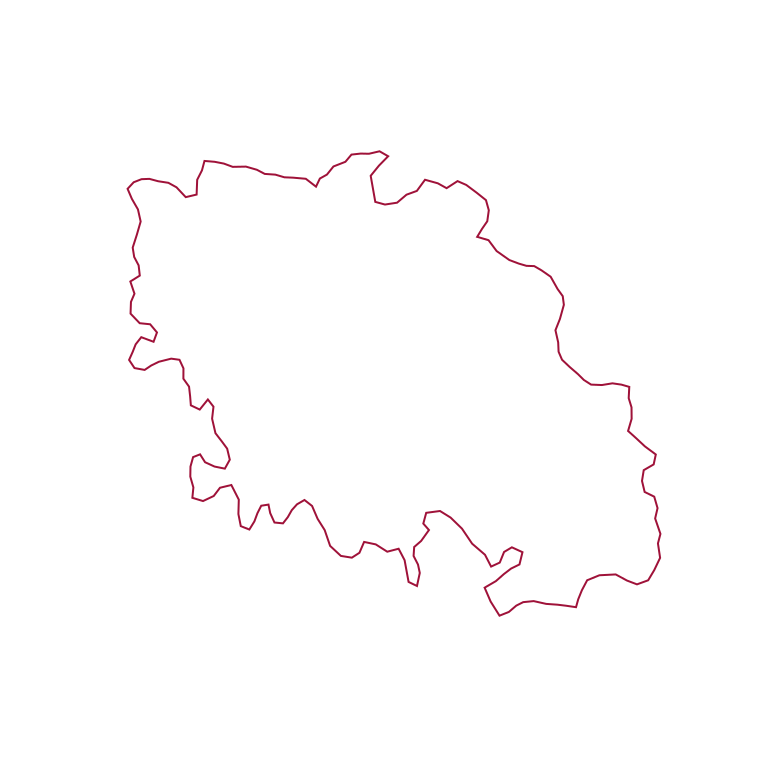 Lagoa Santa, Minas Gerais, Brazil, rotated 160°
{"feature_id": "56859067B90713755743742", "entity_name": "Lagoa Santa", "entity_type": "district", "adm_level": 2, "iso_a3": "BRA", "parent_name": "Brazil", "parent_adm1": "Minas Gerais", "projection": "natural_earth1", "projection_center": [-43.878, -19.626], "detail": "fine", "context": "isolated", "style": "outline", "palette": "rose", "viewbox_px": 768, "rotation_deg": 160, "n_neighbors": 0, "source": "geoboundaries", "source_scale": "gbopen_adm2", "svg_char_len": 2746}
<svg xmlns="http://www.w3.org/2000/svg" viewBox="0 0 768 768"><g transform="rotate(160 384 384)"><path d="M225.3,521.9L231.4,531.9L238.6,542.9L245.5,549.5L258.2,546.6L264.8,554.2L275.6,561.9L287.1,554.2L298.1,554.2L309.7,549.9L321.7,552.3L329.9,558.1L325.3,584.2L314.1,590.9L302.2,596.6L308.6,604.2L319.4,605.5L327.1,608.5L336.1,610.7L344.3,606.0L357.1,605.7L366.0,600.3L374.0,599.0L380.4,592.7L387.3,603.6L398.9,609.0L406.9,612.3L414.5,617.9L424.2,622.2L430.2,628.8L439.4,635.5L451.9,639.8L459.1,645.9L467.1,650.7L476.4,655.0L482.0,647.0L489.7,639.8L495.3,626.1L506.4,627.4L511.7,639.8L517.8,646.8L526.9,651.8L534.3,657.0L541.8,659.4L550.2,659.2L558.2,655.1L557.6,644.2L555.5,632.2L557.1,619.9L565.2,608.8L573.5,598.1L575.3,588.8L574.0,579.4L576.4,569.4L587.3,567.1L587.6,554.2L593.7,547.7L598.1,536.8L592.8,524.7L583.3,520.1L579.7,510.1L586.1,502.5L596.1,511.0L603.8,506.2L609.2,500.1L615.3,493.8L613.0,484.3L604.1,479.1L596.4,481.0L588.0,481.9L575.3,480.6L567.9,476.7L567.1,467.3L570.7,457.6L568.1,448.2L570.4,438.7L572.8,430.0L565.9,423.0L554.8,429.7L552.0,421.0L557.4,410.2L559.2,395.4L556.0,385.4L553.5,376.9L554.8,365.6L562.5,358.9L571.5,364.4L578.9,371.7L580.9,380.8L588.4,380.6L594.1,372.6L597.7,363.2L598.5,352.0L603.0,342.6L594.1,335.9L582.3,337.0L573.6,342.6L562.0,341.3L560.0,325.0L565.3,311.6L567.2,299.4L560.3,293.3L552.8,299.2L547.1,305.9L541.0,311.6L533.8,310.2L535.1,301.6L534.3,291.3L526.6,287.6L519.9,291.8L513.8,297.0L506.9,300.7L498.4,302.2L493.3,294.0L492.5,280.0L489.7,267.0L490.0,250.3L483.3,237.2L473.6,231.8L464.8,233.8L456.7,242.4L446.6,236.1L438.3,225.3L426.6,224.2L424.9,211.4L428.6,189.6L422.1,182.9L415.0,194.2L413.8,202.7L415.0,212.3L411.4,220.5L402.8,223.8L391.7,231.4L394.8,239.4L388.4,248.5L374.8,245.5L367.1,235.7L360.2,221.4L355.8,203.8L347.5,189.0L345.8,175.8L336.3,176.6L328.6,185.1L319.7,186.8L311.4,178.6L318.4,168.1L327.7,167.1L336.3,164.4L346.3,160.5L359.1,158.2L358.2,143.1L354.7,126.8L344.6,127.1L335.5,130.5L327.8,131.4L317.6,128.8L306.8,121.9L296.5,117.3L288.8,113.4L279.9,108.6L275.1,115.3L268.6,122.5L260.2,130.1L247.0,130.6L231.4,125.8L222.9,116.2L214.8,109.2L202.9,109.2L193.7,116.7L184.0,126.2L181.1,140.5L175.5,148.6L175.2,164.9L169.4,173.8L168.6,185.7L176.0,193.4L174.7,204.7L169.4,214.2L158.1,216.2L152.7,224.8L160.2,236.2L165.8,247.2L170.7,256.4L163.2,266.6L159.4,277.4L158.9,287.0L154.5,297.4L161.1,302.2L169.1,306.5L179.6,308.5L189.6,312.6L194.8,319.4L198.4,327.0L203.7,336.5L208.4,345.9L208.9,354.6L206.1,363.5L204.5,375.9L196.4,385.0L187.9,396.9L186.0,405.4L188.4,413.9L190.7,427.8L197.1,436.9L202.5,443.4L209.7,446.3L216.1,451.0L223.8,457.6L232.7,470.4L236.6,483.4L246.1,490.4L238.9,496.2L231.3,501.6L226.1,511.4L225.3,521.9Z" fill="none" stroke="#9f1239" stroke-width="2"/></g></svg>